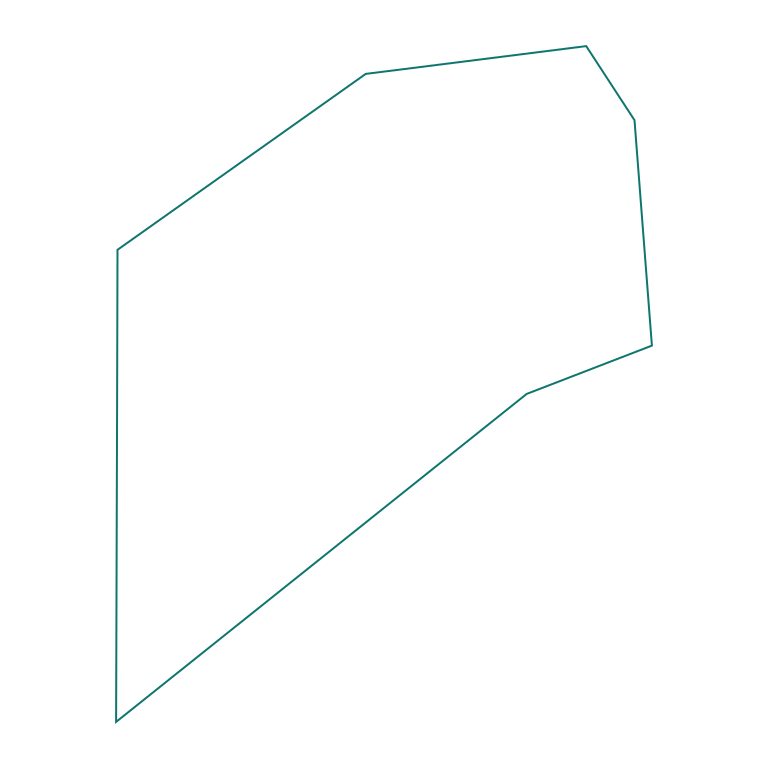 the border of The Farrington
{"feature_id": "AIA-5124", "entity_name": "The Farrington", "entity_type": "District", "adm_level": 1, "iso_a3": "AIA", "parent_name": "Anguilla", "parent_adm1": "", "projection": "equal_earth", "projection_center": [-63.044, 18.213], "detail": "fine", "context": "isolated", "style": "outline", "palette": "teal", "viewbox_px": 768, "rotation_deg": 0, "n_neighbors": 0, "source": "natural_earth", "source_scale": "10m", "svg_char_len": 233}
<svg xmlns="http://www.w3.org/2000/svg" viewBox="0 0 768 768"><path d="M651.9,345.6L526.7,393.9L116.1,721.9L117.1,404.9L117.5,249.8L365.7,73.9L586.2,46.1L634.5,120.2L651.9,345.6Z" fill="none" stroke="#0f766e" stroke-width="2"/></svg>